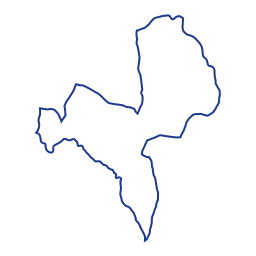 Chongshing, Pemagatsel, Bhutan (Equal Earth projection)
{"feature_id": "84629894B45511376632903", "entity_name": "Chongshing", "entity_type": "district", "adm_level": 2, "iso_a3": "BTN", "parent_name": "Bhutan", "parent_adm1": "Pemagatsel", "projection": "equal_earth", "projection_center": [91.349, 26.998], "detail": "fine", "context": "isolated", "style": "outline", "palette": "blue", "viewbox_px": 256, "rotation_deg": 0, "n_neighbors": 0, "source": "geoboundaries", "source_scale": "gbopen_adm2", "svg_char_len": 5044}
<svg xmlns="http://www.w3.org/2000/svg" viewBox="0 0 256 256"><path d="M36.2,132.7L37.5,133.3L38.3,133.6L39.0,134.1L39.5,134.9L39.9,135.7L40.2,136.6L40.4,137.6L40.6,138.6L40.7,139.6L40.7,140.5L41.0,141.5L41.5,142.3L42.2,142.7L43.1,143.0L43.8,143.3L44.6,143.5L45.3,143.9L45.6,144.9L45.6,145.9L45.5,146.9L45.7,147.8L46.1,148.7L46.4,149.6L47.0,150.4L47.6,151.0L48.2,151.6L48.9,152.0L49.7,152.3L50.5,152.5L51.4,152.6L52.2,152.3L52.8,151.8L53.3,150.9L53.3,149.9L53.3,148.9L53.3,147.9L53.3,146.9L53.7,146.1L54.4,145.5L55.1,145.0L55.8,144.6L56.6,144.2L57.3,143.8L58.1,143.4L58.9,143.0L59.6,142.5L60.3,142.0L61.0,141.5L61.7,141.0L62.4,140.4L63.0,139.7L63.6,139.1L65.0,138.8L66.1,139.2L67.8,140.0L68.6,140.2L69.5,140.3L70.3,140.2L71.1,139.9L71.8,139.5L72.6,139.1L73.4,139.1L74.3,139.2L75.0,139.6L75.4,140.4L76.1,141.0L76.8,141.6L77.2,142.5L77.5,143.4L77.7,144.4L77.8,145.4L78.4,146.0L79.2,145.9L80.0,145.8L80.8,145.7L81.7,145.7L82.4,146.1L82.8,147.0L83.1,147.9L83.4,148.9L84.1,149.7L85.3,150.9L86.6,152.7L87.4,153.5L88.0,154.0L88.7,154.6L89.3,155.3L89.8,156.1L90.3,156.8L91.0,157.4L91.7,158.0L92.4,158.5L93.1,159.0L93.7,159.6L94.3,160.4L94.8,160.9L95.4,161.3L96.2,161.4L97.0,161.3L97.8,161.2L98.7,161.3L99.5,161.4L100.3,161.7L100.9,162.3L101.6,163.0L103.0,164.4L103.8,164.8L104.6,165.0L105.5,165.3L106.3,165.6L106.9,166.1L107.5,167.0L108.0,167.7L108.6,168.2L109.4,168.6L110.1,169.1L110.9,169.5L111.7,169.5L112.5,169.8L113.1,170.4L113.4,171.1L113.7,171.9L114.1,172.8L114.8,173.3L115.5,173.7L116.1,174.4L116.1,175.4L115.8,176.3L115.8,177.3L116.4,178.0L117.2,177.9L118.0,177.5L118.8,177.3L119.6,177.4L120.3,177.8L121.0,178.4L121.3,179.2L120.6,180.6L120.4,181.8L120.5,182.8L120.6,183.8L120.6,184.6L120.8,186.0L120.9,188.3L120.8,190.2L120.4,192.1L120.4,193.3L120.3,194.2L120.9,196.7L121.3,198.1L121.6,199.4L121.7,200.4L122.1,201.2L123.1,202.9L125.3,205.5L127.4,206.5L128.8,206.9L129.7,207.8L130.6,208.8L132.1,210.9L133.3,212.3L133.8,212.9L134.4,214.7L135.0,216.1L135.7,218.1L135.8,219.8L136.5,221.0L137.6,222.1L138.3,222.9L139.1,224.1L140.1,226.2L141.0,228.3L142.6,231.4L143.5,233.2L144.2,234.4L145.0,236.6L144.9,240.6L146.7,239.4L148.0,236.7L148.6,235.5L149.2,234.2L149.6,233.4L149.9,230.5L150.1,229.5L150.7,227.1L151.6,223.7L151.8,220.7L151.9,218.6L152.2,216.6L152.9,215.1L153.4,213.8L154.6,209.8L156.1,206.5L156.2,205.3L156.3,203.7L157.0,202.0L157.4,200.9L157.9,200.2L157.9,198.6L158.0,195.9L158.1,194.0L158.0,192.6L157.5,190.7L157.0,189.5L156.6,186.9L156.3,184.7L156.0,183.4L155.6,180.8L155.2,178.5L154.7,177.1L153.8,175.4L153.5,174.5L153.1,171.8L153.0,170.9L152.7,168.5L152.0,166.6L151.9,165.2L151.6,161.8L151.1,160.2L149.9,158.7L149.2,157.1L148.5,157.1L147.5,157.2L144.8,156.2L143.9,155.8L143.2,155.3L141.9,154.2L142.1,152.0L142.6,150.3L144.0,147.4L145.5,144.1L146.4,142.3L147.1,140.5L148.6,139.9L151.4,138.8L154.6,137.6L157.9,136.1L160.1,135.2L162.8,135.6L166.9,136.3L171.2,136.8L174.5,137.3L176.7,137.4L178.8,137.4L180.5,137.2L181.2,135.1L183.1,131.8L184.3,129.2L184.4,128.4L185.5,125.8L186.4,122.5L188.9,118.6L193.1,114.7L196.2,114.1L201.0,113.9L202.5,114.4L204.6,115.0L207.2,115.7L209.6,114.6L213.1,112.3L215.6,108.8L216.3,107.1L217.6,105.1L218.8,102.8L219.1,99.6L219.2,98.2L219.8,95.0L219.8,92.3L219.5,90.3L216.9,85.8L215.7,83.6L215.6,80.5L214.8,76.5L214.5,72.4L214.5,70.0L213.8,68.4L212.9,67.2L211.6,66.4L209.1,65.9L207.8,64.5L207.5,62.6L206.7,59.9L205.5,58.5L203.5,56.7L202.7,54.3L202.5,50.6L201.9,47.3L200.6,44.6L199.1,42.5L196.4,39.6L194.8,37.9L191.9,36.0L189.6,35.3L187.0,34.5L186.0,33.7L183.5,31.3L182.6,28.5L182.5,26.9L182.9,21.3L183.1,19.1L182.6,17.7L181.9,17.6L180.4,16.4L179.7,16.3L178.4,16.1L175.7,17.2L174.1,18.7L173.0,19.3L172.0,19.1L171.2,18.4L170.2,16.8L169.4,15.7L167.8,15.4L167.1,15.5L165.2,15.7L163.2,15.9L162.3,16.1L160.8,16.5L158.8,17.0L156.6,17.5L153.7,18.6L150.8,21.9L148.9,24.4L147.9,25.2L145.0,27.7L141.2,29.1L139.7,29.6L138.5,30.3L137.8,30.4L137.1,30.4L136.5,31.8L136.5,33.0L136.5,35.1L136.6,36.4L137.2,38.5L136.7,41.6L136.6,44.0L137.3,45.4L137.7,46.7L138.0,48.3L138.4,50.1L138.7,52.0L138.9,52.8L139.0,53.9L139.5,56.9L139.4,59.1L139.2,60.8L139.1,61.7L138.6,65.2L138.3,66.8L138.2,69.2L139.1,71.9L139.8,73.6L140.4,75.3L140.6,76.0L141.6,83.8L142.3,89.8L141.4,91.5L141.2,92.4L141.5,93.9L142.5,96.3L142.6,98.4L142.6,99.8L142.3,101.7L142.1,103.1L142.0,104.0L139.9,107.9L138.9,110.7L137.6,113.6L135.8,111.9L134.3,108.9L132.9,108.4L130.0,107.2L126.7,107.1L123.0,105.4L119.1,104.7L114.8,104.2L110.4,103.4L109.3,103.1L108.6,102.9L106.5,101.3L104.1,99.1L101.6,96.5L98.5,93.8L94.8,91.8L90.8,89.4L86.7,87.2L82.6,85.3L79.9,85.3L79.0,85.0L78.2,84.9L77.4,84.5L76.1,84.3L75.1,86.5L74.1,89.3L72.9,91.8L71.2,94.4L69.4,97.3L66.5,101.5L65.4,103.8L64.5,106.0L64.6,107.3L64.9,108.5L65.1,110.1L65.2,111.4L65.3,113.2L65.5,115.4L62.8,119.3L61.4,121.4L61.2,120.5L60.3,118.3L58.6,114.8L58.3,114.0L57.2,112.7L56.2,111.6L55.2,110.6L54.3,109.8L52.8,109.3L50.4,108.9L47.5,109.5L40.0,108.3L40.1,110.6L40.1,113.6L39.7,115.8L38.8,118.3L38.5,121.2L39.0,122.8L39.3,124.8L38.8,128.0L37.6,130.8L36.2,132.7Z" fill="none" stroke="#1e3a8a" stroke-width="2"/></svg>